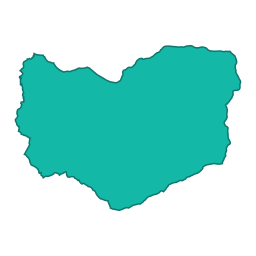 the district of Sinaia, Prahova, Romania
{"feature_id": "2599482B70025461021412", "entity_name": "Sinaia", "entity_type": "district", "adm_level": 2, "iso_a3": "ROU", "parent_name": "Romania", "parent_adm1": "Prahova", "projection": "natural_earth1", "projection_center": [25.544, 45.343], "detail": "fine", "context": "isolated", "style": "filled", "palette": "teal", "viewbox_px": 256, "rotation_deg": 0, "n_neighbors": 0, "source": "geoboundaries", "source_scale": "gbopen_adm2", "svg_char_len": 5601}
<svg xmlns="http://www.w3.org/2000/svg" viewBox="0 0 256 256"><path d="M222.4,163.5L222.2,162.6L222.6,162.1L222.5,161.8L223.5,160.5L223.5,159.8L224.0,159.1L224.3,157.8L224.9,157.2L225.1,156.6L225.7,156.0L225.4,154.0L225.6,152.9L226.5,151.1L226.4,148.0L227.6,145.6L228.0,145.2L229.5,144.3L230.1,143.7L230.3,143.1L230.3,142.8L229.8,141.2L228.3,138.4L228.1,137.7L228.0,133.0L227.5,132.1L227.7,131.1L228.0,127.8L227.2,126.8L225.4,125.8L224.2,123.3L224.2,122.6L224.5,121.7L226.5,119.1L227.2,116.8L226.8,115.6L226.8,114.2L227.3,110.0L226.8,107.9L226.4,106.7L225.6,105.4L225.6,104.8L225.8,104.4L227.5,103.7L228.1,102.6L229.4,101.4L229.7,100.6L231.9,97.8L232.2,96.5L232.9,95.3L233.1,94.7L232.9,91.5L233.1,91.2L234.2,90.5L237.0,90.3L238.1,90.1L239.1,89.5L239.5,89.0L239.9,88.1L240.0,86.2L239.8,85.2L240.1,83.9L240.6,82.2L240.3,80.7L239.1,78.8L238.2,76.6L236.9,74.5L235.8,72.2L236.0,70.6L235.6,69.7L235.1,66.2L235.4,65.1L236.5,63.1L236.7,62.1L236.6,61.1L236.3,60.3L236.3,59.7L235.6,57.9L234.7,55.7L233.1,54.6L232.5,53.9L231.2,53.0L230.6,52.0L229.9,51.4L229.6,51.3L228.4,51.5L225.4,51.3L224.3,51.7L223.0,51.6L220.7,51.0L217.0,51.2L213.6,51.3L212.4,51.1L212.0,51.2L209.5,50.7L208.0,49.9L206.2,48.0L203.4,47.1L201.2,47.1L198.0,47.9L197.3,47.9L194.7,47.5L192.1,46.0L190.9,45.7L186.5,46.1L184.1,47.0L183.4,47.1L181.1,46.9L179.2,47.1L177.1,46.9L168.6,46.1L164.9,46.3L163.6,47.1L162.7,47.9L161.9,49.0L160.7,49.8L160.0,51.2L159.5,51.8L157.7,52.7L156.8,52.9L156.5,53.1L155.5,53.9L153.8,55.6L152.5,56.6L151.2,57.2L150.4,57.9L148.8,58.3L146.0,58.5L143.1,59.3L142.7,59.2L142.4,58.6L141.7,58.4L140.1,58.5L139.5,58.7L137.8,59.9L136.8,60.9L136.5,61.4L136.1,62.3L135.7,62.8L135.4,63.9L132.5,66.9L131.1,67.5L129.3,67.3L128.6,67.4L127.8,67.8L125.7,69.7L123.6,70.3L123.2,70.8L122.8,71.8L122.8,73.2L123.0,74.0L123.0,74.8L122.8,75.2L122.5,75.4L120.5,80.4L117.8,82.2L115.9,82.8L114.4,82.6L110.2,81.8L106.0,80.0L103.8,78.5L97.3,74.8L89.1,67.9L88.6,67.9L87.1,67.2L85.7,67.8L83.5,68.3L82.0,68.2L81.0,68.5L79.8,68.1L78.4,68.2L77.2,68.8L76.7,69.4L76.3,69.6L76.0,69.7L75.4,69.5L74.7,70.2L72.7,70.5L70.2,71.5L68.8,71.5L67.4,71.2L64.4,71.9L63.6,72.0L63.1,71.8L62.3,71.4L62.1,71.2L60.1,70.4L59.6,70.0L59.5,69.7L58.1,68.9L56.0,66.9L53.9,63.8L53.6,63.2L53.6,62.9L52.5,63.1L51.5,62.8L50.8,62.3L48.1,61.7L46.7,60.4L45.9,59.5L44.8,57.4L44.7,56.9L44.1,56.6L43.6,56.2L43.1,55.2L41.0,55.2L36.6,54.7L36.0,54.5L34.1,53.5L33.9,55.2L33.4,55.6L33.4,55.8L34.0,56.1L33.1,57.1L32.4,57.3L32.2,57.5L32.4,57.8L32.3,58.0L30.6,59.2L30.2,59.2L29.5,58.5L28.4,59.1L27.4,59.0L27.5,59.6L26.3,60.5L23.9,61.8L23.3,63.2L23.2,63.8L23.2,64.4L23.6,64.9L23.5,65.7L23.7,66.3L23.3,67.6L22.8,68.4L22.1,68.6L21.7,69.0L21.0,70.0L20.1,70.5L20.2,70.9L21.5,71.5L21.7,72.3L22.5,72.8L22.8,73.5L22.6,74.1L22.2,75.0L20.9,75.9L20.6,76.4L19.6,76.5L19.5,77.3L19.7,77.6L20.0,77.4L20.7,77.4L21.1,77.7L21.3,78.3L21.1,78.7L20.3,78.9L20.5,79.9L20.4,81.1L20.6,82.3L20.4,83.2L20.7,83.6L21.4,83.7L21.7,84.0L20.8,84.3L20.5,84.6L20.9,85.1L21.8,85.6L22.5,86.6L22.4,87.2L22.7,88.0L22.4,88.9L22.8,89.3L22.6,89.8L22.7,90.3L23.4,91.9L23.7,92.9L22.9,93.5L22.8,94.4L22.9,94.7L22.6,95.3L22.9,96.0L23.8,97.2L23.7,97.6L23.3,97.5L23.2,98.0L24.0,99.5L23.7,100.0L23.9,100.6L23.9,101.7L23.7,102.0L23.2,102.1L22.3,101.8L21.9,102.1L21.2,102.1L21.1,102.4L21.3,102.6L21.0,103.0L20.9,103.6L21.5,104.0L21.8,104.9L21.5,105.2L21.3,106.4L21.1,106.7L21.0,107.3L19.8,108.6L18.8,108.9L17.7,109.7L17.0,111.8L17.0,112.3L17.3,112.9L16.9,113.4L17.5,115.1L17.7,116.1L17.0,117.9L15.5,119.3L15.4,119.8L15.5,121.0L16.3,122.5L16.7,123.6L16.8,124.5L17.1,125.0L17.9,126.1L18.2,126.3L18.9,126.3L19.1,126.8L18.9,127.5L19.2,128.7L18.7,130.1L18.5,131.3L19.8,131.8L20.6,132.5L21.1,133.1L21.2,134.2L23.1,134.8L23.5,135.1L24.2,135.2L24.3,135.4L25.5,135.6L26.6,136.2L27.7,137.0L28.6,137.3L29.4,138.1L30.0,138.2L29.6,138.6L29.9,139.5L29.5,140.5L29.5,141.6L29.2,142.4L29.3,144.0L29.6,144.5L29.6,144.9L24.4,154.4L25.8,154.9L26.7,156.0L27.3,157.0L28.3,157.7L29.3,159.2L30.1,162.6L31.0,164.6L31.8,165.2L34.4,166.4L37.0,168.2L37.3,168.4L37.4,168.8L37.8,168.8L38.5,170.4L38.6,171.0L38.9,171.5L38.9,172.7L39.3,173.2L40.0,173.4L41.1,172.8L41.1,175.2L42.7,176.4L43.2,177.8L44.8,176.7L45.6,176.3L46.2,176.2L47.5,176.4L49.1,176.1L52.3,174.8L53.5,174.1L54.3,172.8L54.6,172.7L55.7,172.8L57.4,173.3L58.9,174.1L59.5,174.9L59.4,175.1L59.6,175.2L59.9,174.6L60.4,174.3L63.6,173.0L65.5,171.8L66.0,171.8L66.4,172.5L66.6,174.9L66.9,175.5L67.3,175.8L67.3,176.5L67.6,176.9L69.5,177.2L71.3,176.6L73.9,176.8L74.7,178.1L76.6,179.0L78.0,180.5L79.0,180.1L79.7,181.8L80.8,183.1L81.7,183.9L82.1,184.0L82.6,183.5L83.4,183.5L83.9,183.3L85.3,184.5L87.4,185.7L88.2,186.6L89.3,186.7L90.9,187.3L92.5,189.0L92.9,190.1L94.4,190.8L95.3,191.6L95.6,192.0L95.8,192.9L96.3,193.9L97.0,195.1L98.5,196.9L100.5,198.8L101.8,199.0L105.4,200.5L108.1,200.7L108.2,202.0L109.4,205.0L110.3,206.8L110.4,208.1L113.0,209.1L114.5,209.3L119.2,210.3L122.1,209.4L124.3,208.3L126.7,207.6L128.6,208.0L133.3,205.2L134.5,205.0L137.5,204.1L139.3,203.9L140.1,204.1L143.1,201.9L144.0,200.8L145.3,199.9L146.3,198.6L147.9,197.1L148.5,196.7L151.4,195.8L152.3,195.2L157.3,193.8L159.1,192.7L160.4,191.4L161.3,190.8L161.8,190.8L163.5,191.7L165.7,189.2L166.4,187.9L167.0,187.4L167.5,186.6L168.3,185.9L168.6,185.0L168.8,184.8L173.2,182.8L176.4,182.3L180.1,180.5L180.7,180.4L181.9,180.7L182.7,180.5L185.7,178.8L186.9,177.4L187.2,177.1L189.8,176.6L190.3,176.3L190.7,175.7L192.0,175.5L193.9,174.3L197.8,173.0L200.7,170.9L201.5,169.9L202.4,169.1L202.7,168.4L202.9,167.0L204.5,165.9L206.8,164.8L213.6,163.6L214.8,163.6L217.0,164.0L218.1,164.1L221.3,163.9L222.4,163.5Z" fill="#14b8a6" stroke="#0f766e" stroke-width="1.5"/></svg>